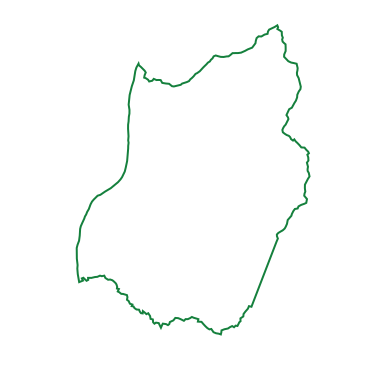 outline of Couto Magalhães, Tocantins, Brazil, rotated 348°
{"feature_id": "56859067B61149343342397", "entity_name": "Couto Magalhães", "entity_type": "district", "adm_level": 2, "iso_a3": "BRA", "parent_name": "Brazil", "parent_adm1": "Tocantins", "projection": "albers", "projection_center": [-49.159, -8.438], "detail": "fine", "context": "isolated", "style": "outline", "palette": "green", "viewbox_px": 384, "rotation_deg": 348, "n_neighbors": 0, "source": "geoboundaries", "source_scale": "gbopen_adm2", "svg_char_len": 3677}
<svg xmlns="http://www.w3.org/2000/svg" viewBox="0 0 384 384"><g transform="rotate(348 192 192)"><path d="M62.9,256.7L66.9,256.0L66.3,253.6L67.9,253.3L69.1,255.1L70.4,256.9L72.2,256.4L72.5,254.4L75.7,255.1L79.4,255.0L81.8,255.3L84.6,254.7L86.3,255.6L88.8,255.6L89.4,258.1L91.7,260.4L93.8,260.6L95.8,261.8L97.0,263.3L98.3,265.2L98.9,266.7L99.1,269.2L98.5,270.8L100.3,271.7L98.7,273.9L100.0,274.9L101.6,276.9L103.4,277.4L106.9,279.3L107.0,281.4L106.0,283.9L107.4,285.5L108.0,288.3L110.3,289.7L109.3,291.1L111.0,291.8L111.6,293.6L113.3,295.4L115.7,296.1L116.1,298.2L116.9,299.9L118.5,300.5L119.2,298.3L120.7,300.1L122.0,302.0L124.0,301.5L125.2,304.6L125.1,307.5L127.2,308.5L126.9,311.4L127.9,313.0L129.6,312.3L132.2,313.3L132.6,315.1L133.4,318.3L134.8,316.3L136.1,314.7L139.1,315.8L140.8,317.2L142.3,316.5L143.3,314.6L147.1,313.7L149.5,311.7L152.2,312.5L154.3,313.9L157.3,316.3L159.3,315.0L161.4,315.5L163.8,315.0L165.9,314.2L167.4,315.3L171.8,317.7L170.8,320.0L174.3,321.0L175.7,323.6L177.2,326.1L178.8,328.4L180.5,330.0L182.4,330.0L183.9,333.6L186.2,335.2L188.8,336.2L190.6,337.3L191.5,335.4L192.1,333.5L195.1,333.0L198.8,333.0L201.0,332.1L203.4,331.5L205.0,333.0L206.9,331.8L208.6,332.5L210.0,330.8L211.1,329.3L212.6,328.5L213.1,325.7L216.3,324.4L217.1,322.0L219.3,320.1L222.4,317.8L224.0,315.5L226.3,316.6L264.4,258.1L266.3,255.4L265.9,252.8L266.2,251.2L268.1,249.9L273.1,248.2L275.1,247.0L276.5,245.4L278.3,242.9L279.8,239.3L284.3,235.9L285.1,234.3L287.2,231.7L289.1,230.0L291.9,230.1L293.2,228.2L296.2,227.3L299.4,226.9L301.5,226.4L303.0,222.8L301.0,219.0L301.7,217.0L302.9,215.2L303.2,211.7L304.0,208.3L308.1,203.3L310.2,201.2L310.2,197.6L309.5,195.4L309.8,193.7L310.7,191.4L310.6,189.3L310.5,187.2L312.4,185.5L312.9,182.4L312.6,179.5L314.4,178.4L314.0,176.7L312.5,174.4L311.3,172.0L308.2,171.1L306.8,168.4L305.3,166.0L303.9,164.0L303.0,161.8L301.5,162.7L299.9,160.9L299.4,158.7L298.4,157.2L296.4,155.9L294.8,154.3L293.3,152.5L293.3,150.1L294.3,148.6L295.8,146.9L297.6,145.6L301.5,140.7L301.4,139.0L300.4,136.4L303.0,132.9L304.3,131.2L307.2,130.3L310.7,126.2L312.6,124.3L314.5,121.3L315.2,118.8L317.4,115.8L319.4,114.0L320.3,111.6L320.0,102.8L319.1,99.5L319.4,97.2L320.4,95.0L321.1,92.8L321.0,88.3L318.7,87.2L315.9,86.0L313.4,84.1L312.0,81.8L310.2,78.9L310.8,76.6L312.9,73.6L313.6,70.4L314.2,67.0L312.9,65.3L311.9,63.7L311.9,61.5L312.9,60.0L312.5,57.4L313.1,54.0L312.0,52.7L309.4,50.3L310.5,48.7L310.1,46.7L307.1,47.8L301.2,49.2L299.7,50.8L298.8,53.0L295.7,53.1L292.2,54.3L289.5,53.6L287.2,54.9L285.9,57.3L285.0,59.7L280.9,63.3L276.2,64.1L273.2,65.0L269.0,65.9L266.2,65.7L260.5,64.6L258.0,66.0L256.0,66.9L254.2,66.6L251.0,66.5L248.2,65.8L245.6,64.5L243.6,63.4L241.4,63.8L239.8,65.6L238.0,66.6L236.6,68.0L234.4,68.8L232.7,70.1L230.6,71.4L228.9,72.5L224.7,75.5L221.7,76.8L220.0,77.2L217.6,79.2L215.4,80.6L213.8,81.4L212.1,82.9L209.8,83.4L204.8,83.9L203.3,84.8L196.2,85.0L194.4,84.3L192.1,81.4L188.9,80.4L185.6,79.1L184.6,76.0L182.8,75.5L180.5,75.1L178.1,73.4L176.3,74.9L173.1,75.0L172.4,73.1L170.5,71.1L169.0,70.2L170.0,67.8L171.6,65.5L170.9,63.5L168.0,59.0L166.5,57.1L166.4,55.3L163.5,58.7L161.7,61.9L158.3,70.7L155.1,76.1L151.2,84.1L148.2,93.4L147.9,98.7L147.1,102.3L145.9,105.2L144.6,109.9L143.5,112.9L142.6,116.9L141.5,124.3L140.3,128.3L140.2,130.7L139.2,133.6L138.6,136.2L135.0,148.2L132.2,154.5L130.5,158.0L126.7,162.9L124.8,164.7L121.7,167.0L113.3,171.4L107.1,173.5L101.8,175.7L98.9,176.0L94.4,178.9L92.2,180.6L90.2,183.0L87.5,187.3L85.3,189.7L83.8,192.0L82.2,193.7L81.1,195.6L77.9,199.9L76.1,202.4L74.9,204.9L73.1,211.4L71.4,216.2L69.1,219.8L67.6,222.8L65.5,233.3L64.9,239.7L63.9,243.1L63.2,248.6L62.9,256.7Z" fill="none" stroke="#15803d" stroke-width="2"/></g></svg>